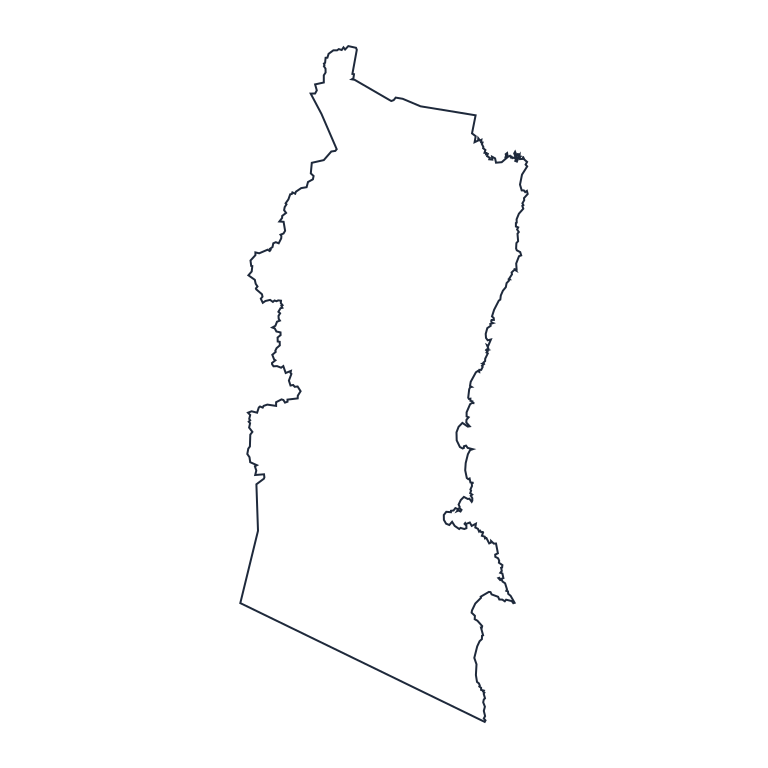 Bega Valley, New South Wales, Australia
{"feature_id": "25037944B16891547173569", "entity_name": "Bega Valley", "entity_type": "district", "adm_level": 2, "iso_a3": "AUS", "parent_name": "Australia", "parent_adm1": "New South Wales", "projection": "natural_earth1", "projection_center": [149.95, -36.816], "detail": "fine", "context": "isolated", "style": "outline", "palette": "slate", "viewbox_px": 768, "rotation_deg": 0, "n_neighbors": 0, "source": "geoboundaries", "source_scale": "gbopen_adm2", "svg_char_len": 6096}
<svg xmlns="http://www.w3.org/2000/svg" viewBox="0 0 768 768"><path d="M484.7,721.9L485.5,720.4L483.8,718.5L485.1,716.1L483.8,710.9L484.9,706.7L483.2,702.3L483.8,699.5L485.0,698.3L483.7,693.8L484.4,692.6L483.1,691.6L483.8,690.6L481.1,689.9L481.1,687.8L479.3,686.5L479.8,685.5L478.9,683.4L477.0,681.9L475.9,675.0L476.5,664.3L474.3,657.9L477.2,646.4L479.6,641.2L481.9,639.1L482.0,635.8L483.1,635.3L481.0,627.6L481.8,627.7L482.2,626.1L477.4,620.7L474.7,619.2L474.9,615.8L471.6,612.7L472.0,610.4L475.3,603.5L481.0,597.8L480.7,596.7L488.9,591.9L490.5,592.1L491.6,594.4L498.1,596.8L499.3,599.5L502.3,599.6L504.8,601.3L506.1,599.7L511.8,601.1L513.3,603.2L514.6,602.8L510.6,595.8L508.2,593.8L508.0,591.4L506.3,590.8L507.0,589.4L505.1,583.3L502.5,581.5L501.7,579.6L500.2,580.1L498.4,578.1L499.3,577.8L500.1,579.3L503.4,578.1L502.4,573.5L500.3,572.8L501.8,570.9L501.1,567.8L502.1,567.5L502.4,565.1L498.9,562.7L499.2,560.7L498.1,558.3L495.3,556.8L495.2,554.6L497.9,553.3L496.0,543.5L493.8,543.6L491.1,541.0L491.1,542.5L489.2,543.4L486.4,538.0L485.0,538.4L484.8,536.7L481.9,535.8L483.1,532.4L482.8,532.0L481.1,532.1L480.1,530.7L479.1,531.6L477.9,528.8L475.3,527.5L475.9,523.7L471.7,525.9L469.8,522.5L465.8,524.1L465.2,523.1L464.6,523.9L466.4,525.7L466.4,528.2L464.3,529.0L460.5,527.9L459.2,529.0L454.7,525.9L452.1,521.8L449.3,525.0L446.1,523.7L443.9,519.9L443.8,515.0L446.3,511.8L450.9,512.2L451.0,510.8L453.5,510.5L455.4,508.1L458.3,509.2L457.1,511.1L458.4,510.5L460.5,511.5L461.5,509.9L459.8,508.4L458.9,508.9L459.7,506.9L458.6,504.6L460.8,500.0L463.9,496.9L467.8,499.0L469.4,498.7L471.7,501.8L472.3,500.7L472.3,498.2L470.8,495.7L472.2,494.6L470.2,493.2L471.1,490.6L470.4,489.5L472.0,486.0L471.7,483.3L473.5,482.8L470.4,482.4L469.6,478.5L468.3,479.2L466.8,478.0L465.2,470.3L465.7,463.0L467.9,454.2L470.1,450.1L472.8,449.2L467.7,447.9L466.0,445.6L463.9,446.3L463.9,447.9L462.7,448.5L459.9,447.0L456.7,440.4L456.5,432.3L458.6,426.8L462.4,422.9L467.8,426.6L469.7,426.3L466.3,422.5L466.5,419.7L468.6,417.3L466.6,416.4L466.6,412.3L470.1,404.2L472.0,403.0L474.4,403.2L472.5,402.8L472.5,401.4L470.4,400.8L470.4,398.7L469.0,399.0L468.2,397.7L469.2,389.2L470.2,387.1L471.6,386.9L470.0,385.9L470.7,381.8L475.9,372.3L477.8,371.0L479.3,371.9L479.3,369.9L481.2,369.9L482.7,366.9L482.0,365.8L483.5,364.5L482.6,363.8L483.9,363.7L483.4,362.6L485.1,361.1L485.2,358.7L487.8,353.4L486.6,352.6L487.5,351.5L486.5,350.5L488.4,349.9L487.0,349.3L488.3,348.4L487.0,345.2L488.2,345.9L490.9,339.5L487.7,340.3L486.0,337.9L485.7,333.9L487.3,328.1L490.7,325.8L490.3,324.0L493.0,323.1L491.6,322.6L491.2,321.0L491.6,320.0L493.9,319.9L493.7,318.0L492.0,316.4L494.1,309.8L498.8,300.6L500.3,299.6L500.8,295.5L502.9,290.7L505.8,287.2L506.6,283.1L508.9,280.7L508.7,279.5L509.9,279.4L509.2,278.6L512.0,274.3L511.6,272.5L514.5,269.7L516.0,270.5L515.3,269.3L516.6,269.5L516.2,263.5L519.0,256.2L521.2,255.4L520.2,252.1L516.8,250.3L516.1,248.5L516.4,243.1L518.1,241.2L517.5,233.7L518.8,232.0L517.1,229.5L518.2,227.4L515.9,226.5L515.9,223.0L516.7,222.6L516.6,219.3L518.9,213.7L523.3,208.7L522.3,205.9L523.4,205.1L522.4,203.3L524.2,200.2L524.0,198.1L527.7,194.0L526.9,190.9L525.2,192.1L523.8,190.4L521.7,190.4L520.0,184.6L522.0,174.6L527.2,166.4L525.6,164.6L527.1,161.9L524.4,159.6L522.8,156.4L523.4,158.9L519.9,159.1L519.5,158.0L520.4,156.7L519.5,156.7L519.6,154.8L518.6,156.2L518.7,154.2L517.7,154.1L516.7,155.8L515.1,151.8L514.2,153.4L515.1,155.7L518.0,158.9L516.9,161.6L515.3,160.9L516.1,159.5L514.2,157.5L512.8,158.1L511.7,156.8L511.1,157.6L510.0,155.8L507.7,156.9L507.1,153.1L505.7,154.2L506.4,157.4L504.6,157.1L506.7,157.9L501.7,162.2L496.0,162.7L495.1,158.4L492.0,156.7L492.3,159.6L489.3,159.3L489.8,157.8L487.1,156.2L487.7,154.1L486.1,154.3L486.4,153.0L484.5,152.8L485.4,150.0L483.1,148.2L483.4,147.0L481.9,144.1L482.5,142.5L481.1,142.3L481.4,139.8L480.0,140.5L478.3,138.3L478.2,140.5L474.6,142.2L475.7,136.2L472.0,133.4L475.6,115.3L420.5,106.3L402.7,98.8L395.7,97.6L393.7,100.1L391.2,101.0L354.6,79.8L351.8,79.3L353.4,78.3L354.0,74.2L352.4,73.9L356.8,49.8L356.0,47.8L348.3,46.1L345.1,49.5L343.5,47.4L341.7,50.0L338.8,49.1L337.1,50.3L333.4,50.3L328.6,53.8L327.4,57.7L325.6,57.8L325.1,62.8L323.9,63.6L324.5,65.1L323.9,66.2L325.5,68.6L325.6,72.5L323.8,75.3L323.8,82.5L315.1,84.4L316.8,90.4L315.1,93.5L310.7,93.6L321.5,114.0L336.7,149.2L335.3,150.9L331.3,151.5L323.8,160.1L311.8,162.8L310.8,173.4L313.6,176.0L312.9,179.3L308.0,182.0L306.6,187.2L301.2,188.1L295.9,191.7L295.2,193.7L292.4,192.4L291.8,194.0L290.2,194.3L288.4,199.4L285.6,203.3L286.5,204.3L284.7,207.1L284.1,210.2L286.1,212.9L282.2,215.9L282.1,218.0L279.4,221.5L283.6,221.8L285.1,230.8L283.5,233.5L280.5,234.7L281.4,236.0L281.2,238.4L278.7,243.3L275.8,242.2L273.3,243.3L272.5,247.1L270.0,248.8L270.7,249.7L269.7,251.0L267.6,249.7L259.2,253.3L255.4,252.4L255.4,255.2L250.5,260.5L251.2,265.9L252.3,266.1L251.7,271.5L248.4,275.3L254.8,279.8L255.7,283.8L257.5,286.5L255.9,288.4L256.2,289.3L262.0,294.3L262.5,296.7L260.8,298.7L262.8,302.8L265.4,301.0L270.1,299.9L272.9,301.9L274.5,300.5L276.5,301.2L278.2,300.4L281.0,300.7L280.8,303.1L282.5,305.1L281.4,305.6L282.4,307.8L280.5,308.2L278.4,311.8L280.1,313.3L278.5,315.9L278.7,318.8L279.9,320.6L277.0,321.7L275.4,325.8L272.3,327.5L274.8,328.5L276.4,331.5L280.5,332.4L280.6,335.1L277.6,337.5L277.7,341.5L279.7,341.8L279.8,345.4L276.6,348.1L275.3,350.8L275.7,351.9L272.3,354.8L274.1,359.4L275.4,360.3L272.0,363.0L272.1,364.3L273.5,366.3L277.0,366.1L281.1,367.7L283.3,366.1L285.7,373.0L290.9,370.9L290.5,372.9L291.4,373.9L288.9,380.6L290.5,385.5L293.2,385.0L294.7,386.8L297.6,386.5L300.6,391.2L297.8,395.7L297.7,398.4L287.5,399.6L287.5,401.7L285.0,402.6L283.4,400.0L281.5,399.4L276.1,402.2L276.1,405.9L267.3,404.6L263.6,405.9L262.7,407.6L260.0,406.5L258.8,407.5L257.1,412.7L251.6,411.3L248.0,412.7L250.2,415.0L249.2,418.9L250.2,420.3L248.7,421.7L250.1,423.2L249.1,427.6L252.4,431.9L250.3,434.6L249.9,446.5L248.3,448.6L247.3,454.0L249.5,457.2L250.2,462.2L256.9,465.2L254.9,466.3L256.3,470.6L255.2,475.0L264.0,474.3L264.4,477.3L263.9,478.7L256.4,484.3L258.0,530.8L240.3,603.1L484.7,721.9Z" fill="none" stroke="#1e293b" stroke-width="2"/></svg>